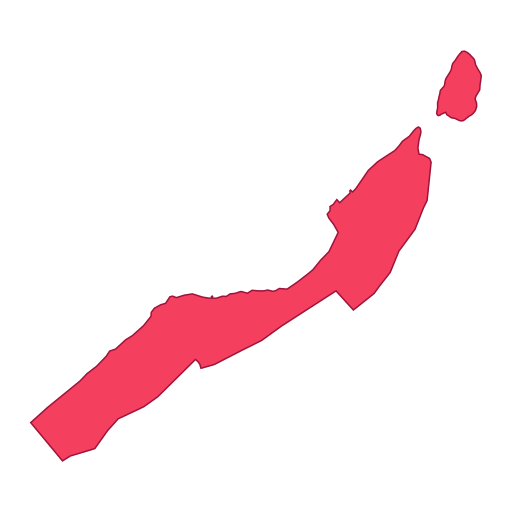 Foa, Ha'apai, Tonga (orthographic projection)
{"feature_id": "48082658B59083030943668", "entity_name": "Foa", "entity_type": "district", "adm_level": 2, "iso_a3": "TON", "parent_name": "Tonga", "parent_adm1": "Ha'apai", "projection": "orthographic", "projection_center": [-174.289, -19.734], "detail": "fine", "context": "isolated", "style": "filled", "palette": "rose", "viewbox_px": 512, "rotation_deg": 0, "n_neighbors": 0, "source": "geoboundaries", "source_scale": "gbopen_adm2", "svg_char_len": 2519}
<svg xmlns="http://www.w3.org/2000/svg" viewBox="0 0 512 512"><path d="M62.5,460.9L70.3,456.0L94.8,448.6L107.6,430.6L118.2,418.8L143.8,406.7L157.7,396.8L195.1,359.8L195.6,359.5L196.3,360.2L198.1,361.8L199.8,364.3L201.0,368.3L214.3,364.5L240.1,351.2L261.7,340.4L281.4,326.1L336.0,290.9L353.4,310.0L374.1,293.5L379.4,286.2L390.2,272.4L398.9,251.1L415.0,229.3L423.4,208.0L427.1,200.5L431.1,162.2L429.6,158.5L422.6,154.6L419.0,154.2L417.9,147.9L419.1,139.3L420.5,134.5L420.9,132.0L420.7,130.2L420.1,128.1L418.3,127.0L416.3,128.2L414.0,130.4L409.4,136.2L405.0,139.4L402.4,141.3L398.8,146.2L394.6,150.7L388.8,154.4L377.7,161.7L368.4,170.3L355.9,188.5L352.6,192.0L350.6,190.1L349.9,190.6L350.1,193.0L339.7,202.7L336.8,199.6L333.2,204.5L330.0,206.5L330.1,210.6L327.2,214.2L328.8,218.0L333.7,224.5L338.2,232.4L329.1,251.3L328.6,252.0L320.7,260.1L313.1,269.5L308.8,273.2L297.4,282.0L287.1,289.1L279.3,288.5L275.7,290.7L272.9,291.3L267.6,290.0L263.8,290.9L258.8,290.9L252.1,290.3L247.4,293.2L241.3,291.5L239.8,291.8L235.4,293.3L230.1,293.9L226.4,296.4L222.4,296.2L217.0,298.0L215.3,298.3L212.4,298.0L212.6,296.7L212.2,296.1L211.5,296.5L211.6,298.2L208.5,298.1L202.5,297.1L192.4,293.9L184.2,295.2L176.4,297.6L172.5,296.1L169.9,296.8L165.6,303.3L160.6,304.8L154.4,308.2L151.3,312.3L151.0,316.3L143.5,325.7L132.3,335.7L125.9,339.6L115.5,349.1L109.6,351.1L106.4,356.1L96.5,366.4L87.2,373.5L79.9,381.1L47.6,407.4L30.7,422.6L62.5,460.9ZM460.7,52.8L458.3,55.7L457.2,57.3L455.7,59.7L454.6,61.2L453.2,62.8L452.5,64.1L452.2,65.2L451.8,66.6L451.6,67.9L451.3,69.3L450.9,70.4L449.8,72.4L448.8,74.0L447.6,75.9L446.2,78.1L445.4,80.1L445.0,82.0L444.7,84.0L444.5,84.9L444.1,86.3L442.8,87.6L441.5,89.1L440.6,90.1L440.2,91.0L440.1,91.6L440.0,92.8L439.5,94.9L439.0,96.7L438.7,98.2L438.4,100.0L437.6,102.5L437.6,106.2L437.6,108.2L437.0,110.8L436.8,112.4L436.8,113.8L437.4,115.1L438.6,115.6L440.1,115.1L441.2,114.2L442.6,113.6L444.6,112.7L445.8,112.3L446.2,113.4L446.8,114.7L448.1,115.5L449.3,116.3L450.7,117.4L451.8,117.9L453.1,118.1L454.5,118.2L455.9,118.9L458.5,120.1L459.7,120.7L460.5,120.8L461.5,120.9L463.0,120.7L464.4,119.9L465.7,118.8L467.3,117.6L469.2,116.1L471.4,114.9L473.1,113.5L475.4,110.6L476.7,106.6L476.6,103.4L475.7,100.6L475.1,99.3L475.8,96.4L477.2,94.1L478.2,92.4L479.7,89.9L479.9,87.3L480.1,83.9L480.6,81.6L480.8,79.6L481.3,75.6L480.0,72.5L477.6,68.7L476.5,66.4L475.7,65.1L474.6,60.3L473.7,58.6L471.8,56.7L469.8,54.5L467.3,52.5L464.4,51.1L461.6,51.6L461.3,52.6L460.7,52.8Z" fill="#f43f5e" stroke="#9f1239" stroke-width="1.5"/></svg>